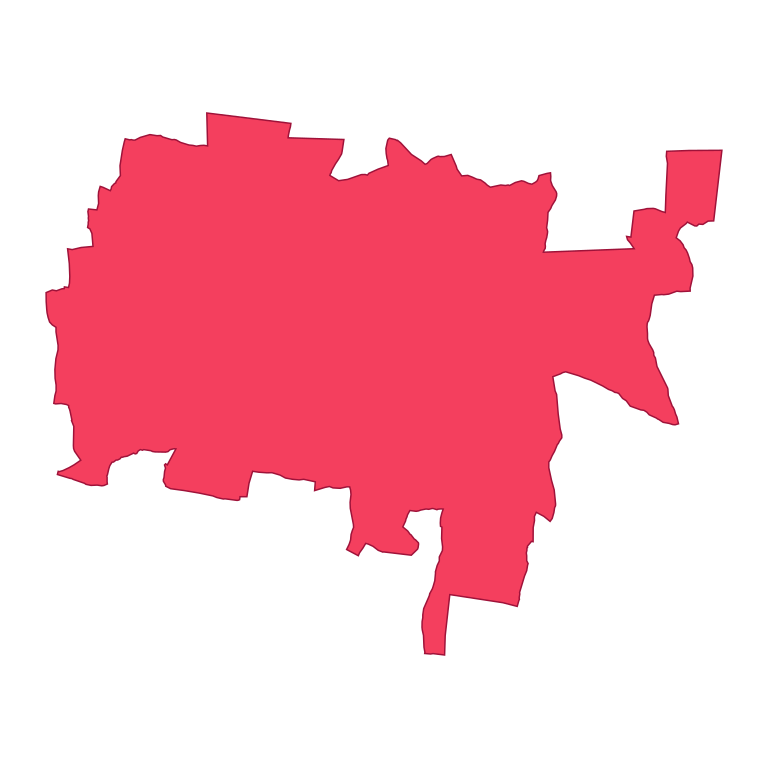 Calotmul, Yucatán, Mexico (Natural Earth projection)
{"feature_id": "50627088B16225885503466", "entity_name": "Calotmul", "entity_type": "district", "adm_level": 2, "iso_a3": "MEX", "parent_name": "Mexico", "parent_adm1": "Yucatán", "projection": "natural_earth1", "projection_center": [-88.115, 20.998], "detail": "fine", "context": "isolated", "style": "filled", "palette": "rose", "viewbox_px": 768, "rotation_deg": 0, "n_neighbors": 0, "source": "geoboundaries", "source_scale": "gbopen_adm2", "svg_char_len": 6060}
<svg xmlns="http://www.w3.org/2000/svg" viewBox="0 0 768 768"><path d="M165.7,486.2L170.6,488.7L183.9,490.5L199.3,493.1L212.8,495.9L216.8,497.5L223.3,499.0L225.0,498.8L237.1,500.4L238.4,500.2L239.6,499.7L240.0,496.7L246.9,496.7L249.0,483.3L252.6,471.3L258.7,472.2L266.8,472.8L272.0,472.7L280.1,475.1L285.4,478.0L292.5,479.3L299.1,479.9L303.7,479.3L315.3,481.8L314.6,490.6L325.0,487.4L329.4,486.5L333.0,487.9L340.2,488.3L347.1,486.8L349.7,486.9L350.6,490.1L351.0,494.6L350.1,502.3L350.3,508.4L353.4,524.4L353.6,527.4L352.4,530.3L351.1,534.4L350.6,539.9L350.1,541.5L349.1,544.4L346.6,549.5L358.3,555.7L359.6,552.7L362.9,548.1L365.7,543.4L368.3,544.1L373.0,546.3L378.2,550.3L382.9,552.1L383.5,551.9L411.3,555.2L417.6,549.1L418.1,547.6L418.6,544.0L418.4,542.8L415.6,539.9L414.2,539.0L411.0,534.8L410.0,534.2L407.8,531.1L402.8,526.9L405.5,521.2L406.0,519.0L407.0,516.8L407.5,514.9L409.9,510.5L416.1,511.3L418.6,510.9L420.6,510.1L426.0,509.0L428.8,509.3L432.1,508.5L433.4,508.6L437.0,509.7L437.8,509.2L441.0,508.9L443.2,509.1L441.9,512.9L440.6,518.0L440.3,523.0L440.5,526.3L441.9,527.1L441.6,538.5L442.6,546.9L442.4,550.6L439.3,556.9L439.3,561.0L437.2,565.4L435.4,571.9L435.5,573.0L434.8,580.7L433.1,586.6L432.3,588.9L429.7,593.7L429.4,595.4L428.5,597.6L423.7,608.6L422.8,614.9L422.8,617.6L422.1,621.6L422.0,627.3L422.3,630.0L423.5,635.4L424.0,647.3L424.9,652.3L424.7,653.5L430.6,654.0L433.0,653.6L444.6,655.0L445.2,635.7L449.8,594.6L502.9,602.7L517.2,606.4L518.9,600.4L519.4,599.6L519.2,597.7L519.8,594.1L519.6,592.4L524.5,576.1L526.7,570.7L527.6,565.1L528.1,563.6L526.7,560.7L526.7,555.8L526.3,552.9L526.9,550.4L526.9,548.1L527.5,547.6L527.4,546.2L531.5,541.4L533.1,541.7L533.2,527.5L534.5,520.6L534.4,516.5L536.3,512.3L543.8,516.3L550.1,521.4L552.2,518.5L553.9,512.5L554.6,507.7L555.5,505.8L555.6,504.0L554.2,489.9L551.5,480.3L548.8,467.8L548.8,462.0L550.3,459.9L552.1,455.7L554.5,451.4L557.4,444.4L558.2,443.7L559.5,441.0L561.8,437.8L561.8,435.0L560.2,429.0L558.2,413.9L556.6,394.4L555.1,390.9L552.8,376.7L560.6,373.8L562.7,372.6L565.7,371.8L578.7,375.7L584.6,378.1L590.7,380.1L602.6,385.9L608.5,389.4L612.3,390.8L614.9,392.4L616.6,392.6L618.7,393.4L622.6,398.4L626.3,400.8L630.2,406.1L640.8,409.9L643.9,410.3L646.9,412.2L649.2,414.8L656.5,418.1L657.6,419.0L658.7,419.4L663.1,422.3L669.1,423.4L672.8,424.6L675.1,424.8L678.5,423.8L676.9,417.0L675.5,413.8L674.4,409.9L673.2,407.3L672.3,406.3L668.3,395.6L667.9,389.3L667.6,388.0L657.0,366.5L655.4,358.0L653.8,355.3L653.7,352.4L652.7,349.9L649.1,343.7L647.8,340.3L647.5,338.4L647.5,333.4L647.0,326.8L647.2,323.7L647.7,322.0L648.5,321.0L649.2,319.0L650.2,315.4L651.8,303.8L654.4,295.2L661.8,294.5L663.8,294.7L668.8,294.1L676.8,291.2L680.7,291.6L690.2,291.1L690.1,288.2L692.9,276.1L692.7,267.9L691.9,264.6L690.1,261.6L689.4,258.4L687.6,253.1L686.1,250.0L684.1,247.7L683.1,244.8L680.1,240.8L676.2,237.8L678.5,231.2L680.4,228.0L686.1,223.6L687.3,222.1L694.8,225.9L696.8,226.0L698.9,224.1L702.9,224.4L708.1,221.1L713.7,220.9L721.9,150.3L688.8,150.5L666.7,151.3L666.3,156.3L667.5,163.3L665.9,195.1L665.3,212.5L661.8,211.5L655.3,208.8L653.3,208.4L646.9,208.6L644.2,209.3L634.0,211.0L630.9,237.1L626.6,236.4L627.5,239.7L630.3,243.0L634.2,248.7L543.4,252.2L543.7,250.9L545.2,248.4L545.4,246.3L545.1,243.8L545.8,240.4L546.7,237.6L547.5,233.0L547.6,231.3L546.6,227.8L547.6,220.3L548.0,212.4L550.7,208.5L551.9,205.6L555.4,200.0L556.6,196.0L556.7,193.5L556.1,191.7L552.3,185.6L550.8,181.3L550.6,180.2L550.8,176.4L550.5,172.8L547.0,173.4L539.0,175.6L538.1,178.8L537.2,180.7L535.6,182.1L531.9,184.2L528.4,183.4L523.9,181.3L521.5,180.8L515.3,182.5L509.6,185.5L508.2,185.0L505.5,185.5L500.8,185.0L490.4,187.2L487.4,185.3L485.0,183.0L480.6,179.9L476.8,179.2L472.5,177.2L467.8,175.4L461.7,175.9L457.1,169.2L456.2,166.1L451.2,154.5L444.4,156.5L440.1,156.6L438.2,156.2L436.9,156.6L432.7,158.5L431.0,159.5L427.1,163.5L425.1,164.3L421.3,160.9L411.5,154.5L400.6,142.8L397.5,140.3L397.1,140.6L395.5,139.6L389.3,138.2L388.0,139.7L387.6,140.6L385.9,148.5L386.2,153.5L387.0,158.5L387.6,160.1L388.3,165.5L378.2,169.1L368.9,173.3L367.4,175.1L365.1,174.5L361.3,174.6L347.6,179.4L338.6,180.7L329.8,175.4L330.5,173.5L331.1,172.9L331.7,170.5L335.4,163.9L338.5,159.3L341.6,153.9L342.1,151.5L343.9,139.5L288.1,137.8L288.4,135.3L289.5,130.0L290.4,126.9L290.9,123.4L206.8,113.0L207.6,145.9L203.9,145.3L200.3,145.5L196.4,146.2L192.9,145.4L188.9,145.0L180.5,142.4L176.3,140.0L174.3,139.5L172.1,139.7L171.1,139.5L162.7,137.0L160.6,135.5L157.0,135.7L149.9,134.6L140.3,137.4L135.0,140.1L133.2,140.1L131.2,139.6L129.9,139.9L125.2,138.8L124.3,141.8L122.4,150.2L120.0,165.7L120.4,175.6L116.5,180.9L115.9,181.9L115.8,182.9L114.5,183.5L111.6,186.6L111.1,189.1L110.3,190.7L103.0,187.3L100.2,186.4L98.6,191.9L98.3,195.6L98.6,203.5L96.9,209.9L88.5,209.0L87.9,211.6L88.5,216.3L88.3,218.1L88.6,220.8L88.2,222.1L88.2,224.2L87.6,227.5L89.9,228.9L91.9,233.4L93.0,246.4L81.1,247.5L72.2,249.6L67.6,248.8L69.3,263.6L69.8,276.5L69.5,283.2L68.5,287.5L64.4,286.9L64.2,288.6L61.9,288.8L56.4,290.8L52.3,290.0L46.1,292.6L46.2,301.7L46.7,309.0L47.1,312.9L48.1,317.4L49.6,322.0L52.3,324.9L56.0,327.3L56.0,331.9L58.1,345.4L58.0,350.0L55.9,358.7L54.9,369.5L55.1,378.3L56.1,385.0L56.1,391.0L54.9,395.6L53.8,403.4L55.6,403.9L61.1,403.5L66.5,404.5L68.6,405.5L68.7,407.5L69.3,408.6L70.0,410.9L71.9,420.0L71.5,420.5L73.8,426.4L73.4,445.6L73.6,448.5L74.6,451.3L80.8,460.2L74.1,464.8L69.2,467.6L63.1,470.5L59.4,471.6L58.2,471.3L57.4,474.5L69.9,478.3L71.8,478.6L73.2,479.4L84.5,483.3L85.9,484.3L91.0,485.4L97.2,485.1L101.8,485.8L103.9,485.5L107.4,484.0L107.1,481.8L107.1,477.2L106.8,476.0L107.4,474.9L108.8,468.8L109.8,465.7L112.0,462.2L113.6,462.0L116.0,460.1L117.7,460.0L120.0,458.8L121.3,457.2L122.7,457.2L123.9,456.7L127.2,456.2L133.6,453.1L135.2,453.9L136.7,453.5L138.2,451.0L140.3,449.6L142.5,450.2L143.7,449.6L150.9,450.7L152.5,451.5L155.1,451.9L165.6,452.1L168.0,451.6L170.1,449.7L174.1,448.7L175.9,448.9L167.3,464.9L165.6,463.8L164.5,465.0L165.5,468.1L164.6,471.4L164.0,477.5L163.3,479.6L163.4,481.3L165.6,485.0L165.7,486.2Z" fill="#f43f5e" stroke="#9f1239" stroke-width="1.5"/></svg>